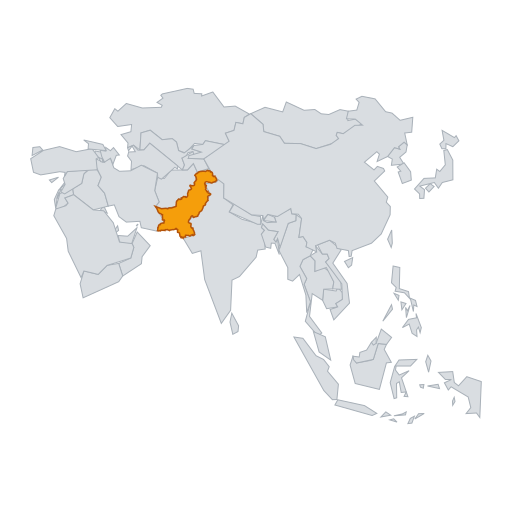 Asia, with Pakistan highlighted
{"feature_id": "PAK", "entity_name": "Pakistan", "entity_type": "country or territory", "adm_level": 0, "iso_a3": "PAK", "parent_name": "Asia", "parent_adm1": "", "projection": "equal_earth", "projection_center": [69.806, 30.395], "detail": "fine", "context": "in_parent", "style": "filled", "palette": "amber", "viewbox_px": 512, "rotation_deg": 0, "n_neighbors": 45, "source": "natural_earth", "source_scale": "50m", "svg_char_len": 18480}
<svg xmlns="http://www.w3.org/2000/svg" viewBox="0 0 512 512"><path d="M249.4,114.1L244.3,117.4L242.9,123.8L235.9,122.4L234.0,130.4L225.4,133.2L229.1,141.2L227.1,145.1L205.4,140.7L202.9,144.4L194.6,143.4L185.5,153.0L178.6,150.6L176.5,142.1L172.3,138.7L162.1,139.7L150.2,130.2L141.0,132.9L139.9,150.0L133.5,145.2L127.6,147.7L128.0,143.0L121.0,134.6L130.9,131.7L131.6,124.5L117.7,126.5L109.8,117.7L114.8,108.7L117.9,111.2L126.3,103.5L142.3,108.0L161.3,107.3L162.2,105.3L157.0,102.4L163.0,98.1L160.8,95.3L162.4,93.9L187.3,88.4L193.1,89.2L194.2,93.4L201.8,93.8L201.6,96.0L212.8,92.0L224.0,107.0L235.2,106.1L249.4,114.1Z" fill="#d9dde1" stroke="#a8b0b8" stroke-width="1"/><path d="M139.9,150.0L141.0,132.9L150.2,130.2L162.1,139.7L172.3,138.7L176.5,142.1L178.6,150.6L184.1,153.0L193.9,145.5L191.9,149.0L201.4,152.1L196.9,155.5L192.6,155.1L192.8,151.6L188.0,152.7L185.1,158.4L182.0,158.2L184.5,165.0L182.4,170.0L149.8,143.2L143.9,149.9L139.9,150.0Z" fill="#d9dde1" stroke="#a8b0b8" stroke-width="1"/><path d="M481.3,381.6L479.8,417.5L476.5,413.0L466.1,413.6L470.8,407.6L468.2,397.0L451.1,386.8L448.3,390.0L444.4,382.8L451.4,379.5L445.4,379.5L438.5,372.4L452.7,371.6L454.3,382.5L458.5,385.8L466.8,376.7L481.3,381.6ZM414.4,416.2L411.9,423.1L407.9,423.6L410.3,418.4L414.4,416.2ZM452.7,405.3L452.5,401.1L454.2,397.3L455.0,401.5L452.7,405.3ZM386.5,344.4L384.2,349.4L391.3,362.3L386.4,362.9L379.4,389.4L355.2,383.5L350.1,365.0L353.0,356.2L356.5,363.0L370.0,360.5L373.3,359.4L378.2,343.5L386.5,344.4ZM427.5,386.0L438.1,384.3L439.5,388.6L427.5,386.0ZM423.3,388.2L420.5,387.2L419.7,384.8L423.9,384.5L423.3,388.2ZM427.8,355.3L431.0,361.0L428.6,372.2L425.7,361.7L427.8,355.3ZM399.0,360.0L416.8,359.4L410.5,366.0L396.1,366.0L395.5,370.1L399.2,375.0L409.1,370.7L401.5,377.8L407.9,396.7L404.1,396.4L406.2,391.9L401.2,392.5L399.3,381.8L396.5,383.4L396.7,397.8L394.1,398.6L390.2,382.7L394.7,366.4L399.0,360.0ZM397.0,422.1L389.8,419.9L393.7,418.8L397.0,422.1ZM393.9,415.8L402.5,413.9L406.2,411.9L405.5,414.9L393.9,415.8ZM385.8,411.9L390.7,415.2L380.9,417.0L385.8,411.9ZM337.8,399.8L364.5,405.6L376.8,413.4L372.1,415.5L334.9,405.0L337.8,399.8ZM327.5,371.2L338.4,384.2L336.9,399.5L332.4,399.7L323.8,390.5L293.9,337.0L302.9,338.3L316.0,355.7L323.6,359.5L329.2,366.7L327.5,371.2Z" fill="#d9dde1" stroke="#a8b0b8" stroke-width="1"/><path d="M414.8,419.0L418.6,413.7L424.2,413.5L414.8,419.0Z" fill="#d9dde1" stroke="#a8b0b8" stroke-width="1"/><path d="M61.5,189.1L57.4,196.2L55.7,208.2L54.3,199.5L58.6,190.1L61.5,189.1Z" fill="#d9dde1" stroke="#a8b0b8" stroke-width="1"/><path d="M65.1,184.5L58.8,190.0L64.7,182.5L65.1,184.5Z" fill="#d9dde1" stroke="#a8b0b8" stroke-width="1"/><path d="M59.9,193.5L56.9,198.8L58.6,192.8L59.9,193.5Z" fill="#d9dde1" stroke="#a8b0b8" stroke-width="1"/><path d="M59.9,193.5L72.8,188.6L73.6,194.7L64.9,198.0L68.1,203.1L59.9,209.8L55.7,208.2L59.9,193.5Z" fill="#d9dde1" stroke="#a8b0b8" stroke-width="1"/><path d="M118.2,235.5L127.7,236.2L136.9,227.8L131.3,244.8L119.5,242.1L118.2,235.5Z" fill="#d9dde1" stroke="#a8b0b8" stroke-width="1"/><path d="M115.3,232.9L115.3,229.1L117.6,225.8L118.6,230.4L115.3,232.9Z" fill="#d9dde1" stroke="#a8b0b8" stroke-width="1"/><path d="M103.5,205.4L107.2,213.1L100.3,210.3L103.5,205.4Z" fill="#d9dde1" stroke="#a8b0b8" stroke-width="1"/><path d="M73.6,194.7L72.8,188.6L81.7,183.4L83.9,173.8L90.0,168.8L97.2,169.8L101.3,177.2L98.0,185.6L104.6,193.2L108.3,206.1L93.2,209.9L73.6,194.7Z" fill="#d9dde1" stroke="#a8b0b8" stroke-width="1"/><path d="M132.1,243.6L137.2,232.0L150.2,245.7L142.1,256.7L141.4,263.7L122.7,276.0L118.7,263.4L130.8,258.0L133.8,247.4L132.1,243.6ZM137.9,224.7L136.2,226.1L137.4,224.3L137.9,224.7Z" fill="#d9dde1" stroke="#a8b0b8" stroke-width="1"/><path d="M322.6,300.3L323.7,289.2L336.1,291.0L337.7,287.3L342.6,292.9L342.4,299.4L335.8,303.6L337.7,306.9L326.6,308.7L322.6,300.3Z" fill="#d9dde1" stroke="#a8b0b8" stroke-width="1"/><path d="M332.7,288.9L323.7,289.2L322.6,300.3L312.2,293.6L309.5,316.4L321.8,333.0L317.9,335.9L305.3,321.3L310.5,301.9L304.1,284.3L306.7,278.6L299.9,266.4L303.0,259.6L310.2,255.8L315.1,260.9L314.9,271.4L323.2,267.1L329.6,271.8L333.8,281.9L332.7,288.9Z" fill="#d9dde1" stroke="#a8b0b8" stroke-width="1"/><path d="M341.4,289.3L332.7,288.9L333.8,281.9L326.3,267.5L314.9,271.4L315.1,260.9L310.2,255.8L316.6,251.8L315.5,245.7L322.3,254.0L327.2,254.0L329.1,258.6L325.6,262.0L340.6,280.0L341.4,289.3Z" fill="#d9dde1" stroke="#a8b0b8" stroke-width="1"/><path d="M310.2,255.8L303.0,259.6L299.9,266.4L306.7,278.6L304.1,284.3L310.5,301.9L306.7,312.6L305.9,295.2L299.5,274.5L292.6,281.1L287.8,279.3L287.8,267.6L278.8,250.2L288.2,223.4L295.8,220.7L296.0,214.6L301.6,218.5L298.9,237.4L303.0,236.5L306.9,242.4L306.1,246.8L313.7,248.2L310.2,255.8Z" fill="#d9dde1" stroke="#a8b0b8" stroke-width="1"/><path d="M330.1,309.5L337.7,306.9L335.8,303.6L342.4,299.4L341.8,283.9L325.6,262.0L329.1,258.6L327.2,254.0L322.3,254.0L317.5,244.9L329.5,240.2L341.2,249.8L332.8,263.1L347.1,283.5L349.5,303.1L333.8,319.9L330.1,309.5Z" fill="#d9dde1" stroke="#a8b0b8" stroke-width="1"/><path d="M407.2,144.9L406.0,152.0L399.7,157.3L403.9,164.0L391.4,165.3L392.3,159.1L387.6,156.5L389.7,153.5L394.5,147.6L399.8,149.2L398.5,146.8L404.1,142.1L407.2,144.9Z" fill="#d9dde1" stroke="#a8b0b8" stroke-width="1"/><path d="M397.2,167.0L404.1,162.8L410.6,171.7L411.3,180.1L402.3,183.5L398.2,172.0L400.8,171.2L397.2,167.0Z" fill="#d9dde1" stroke="#a8b0b8" stroke-width="1"/><path d="M250.7,113.7L265.0,107.3L282.7,111.9L286.3,102.0L304.1,110.3L314.8,109.5L321.2,113.8L328.8,114.5L340.0,109.6L348.3,111.2L347.8,120.6L355.3,119.1L362.5,123.6L343.2,133.7L337.3,132.4L336.2,135.3L338.6,138.6L334.4,142.7L316.1,148.6L300.5,143.6L284.4,143.3L279.7,136.3L263.8,131.6L263.0,124.3L250.7,113.7Z" fill="#d9dde1" stroke="#a8b0b8" stroke-width="1"/><path d="M296.0,214.6L295.8,220.7L288.2,223.4L280.1,247.2L277.6,238.8L276.0,242.2L273.7,239.4L278.0,231.7L268.3,230.2L262.7,224.0L261.5,227.6L264.5,230.3L261.4,234.2L263.8,235.6L265.2,249.0L257.7,250.1L256.1,257.2L239.5,276.5L232.0,280.1L230.6,310.3L221.3,323.4L204.7,279.6L200.9,250.8L192.3,253.4L183.3,238.4L194.6,235.0L188.6,221.5L192.8,216.0L197.3,216.4L210.4,194.2L204.5,183.9L216.2,182.2L219.7,178.1L223.9,183.9L223.7,198.0L233.0,204.8L229.3,211.9L242.0,219.3L260.7,224.2L262.9,215.5L263.6,220.6L267.2,222.6L276.1,222.0L274.4,217.1L290.8,208.5L291.8,213.8L296.0,214.6Z" fill="#d9dde1" stroke="#a8b0b8" stroke-width="1"/><path d="M277.6,238.8L279.3,254.5L274.9,243.3L271.3,243.1L270.7,248.3L265.7,247.1L261.4,234.2L264.5,230.3L261.5,227.6L262.7,224.0L268.3,230.2L278.0,231.7L273.7,239.4L276.0,242.2L277.6,238.8Z" fill="#d9dde1" stroke="#a8b0b8" stroke-width="1"/><path d="M274.4,217.1L276.1,222.0L263.6,220.6L267.8,214.4L274.4,217.1Z" fill="#d9dde1" stroke="#a8b0b8" stroke-width="1"/><path d="M260.6,216.6L260.7,224.2L257.5,224.3L229.3,211.9L234.5,203.5L251.6,214.9L260.6,216.6Z" fill="#d9dde1" stroke="#a8b0b8" stroke-width="1"/><path d="M171.0,170.1L187.5,169.9L193.4,163.5L197.3,172.0L202.4,168.3L209.5,170.0L195.1,175.2L196.5,179.8L193.8,185.5L190.2,185.4L191.7,188.7L187.9,196.0L178.8,199.0L176.4,206.3L161.8,209.2L155.5,206.6L159.1,201.9L154.7,190.6L157.7,177.3L164.3,178.5L171.0,170.1Z" fill="#d9dde1" stroke="#a8b0b8" stroke-width="1"/><path d="M182.4,170.0L184.5,165.0L182.0,158.2L192.8,151.6L194.1,155.0L188.5,158.4L203.8,158.9L208.8,168.6L197.3,172.0L193.4,163.5L187.5,169.9L182.4,170.0Z" fill="#d9dde1" stroke="#a8b0b8" stroke-width="1"/><path d="M193.9,145.5L202.9,144.4L205.4,140.7L227.1,145.1L203.8,158.9L188.5,158.4L188.8,155.7L201.4,152.1L191.9,149.0L193.9,145.5Z" fill="#d9dde1" stroke="#a8b0b8" stroke-width="1"/><path d="M127.6,147.7L133.5,145.2L138.0,150.2L143.9,149.9L149.8,143.2L177.7,165.9L177.6,168.9L174.8,167.4L161.4,179.2L157.7,177.3L157.5,173.2L143.9,165.7L131.0,169.7L131.5,161.2L127.6,156.0L128.7,152.0L135.3,151.7L132.1,146.1L128.5,150.8L127.6,147.7Z" fill="#d9dde1" stroke="#a8b0b8" stroke-width="1"/><path d="M108.3,206.1L104.6,193.2L98.0,185.6L101.3,177.2L95.7,165.9L96.1,158.9L103.1,162.2L110.5,158.2L113.8,167.8L119.5,171.3L130.6,170.8L141.3,165.2L157.5,173.2L154.7,190.6L159.1,201.9L155.5,206.6L164.5,222.4L158.8,225.1L157.2,231.2L141.3,227.7L139.9,221.3L126.3,222.1L119.0,216.7L114.3,204.9L108.3,206.1Z" fill="#d9dde1" stroke="#a8b0b8" stroke-width="1"/><path d="M60.8,192.0L65.1,184.5L63.2,178.5L67.3,171.6L88.3,169.5L83.9,173.8L81.7,183.4L64.7,193.9L60.8,192.0Z" fill="#d9dde1" stroke="#a8b0b8" stroke-width="1"/><path d="M104.5,162.1L94.9,155.0L95.1,151.0L102.1,152.3L104.5,162.1Z" fill="#d9dde1" stroke="#a8b0b8" stroke-width="1"/><path d="M97.2,169.8L67.3,171.6L64.4,176.5L65.1,172.4L59.8,171.7L40.7,174.9L33.5,172.3L30.7,158.7L43.5,150.4L59.6,146.6L76.2,151.7L92.0,148.7L98.7,157.6L96.1,158.9L97.2,169.8ZM32.9,147.5L39.8,146.7L42.7,150.0L32.1,155.5L32.9,147.5Z" fill="#d9dde1" stroke="#a8b0b8" stroke-width="1"/><path d="M238.6,325.8L238.0,331.5L232.8,334.3L230.0,322.1L231.8,313.2L238.6,325.8Z" fill="#d9dde1" stroke="#a8b0b8" stroke-width="1"/><path d="M348.4,267.7L344.5,261.4L352.7,257.6L351.6,265.1L348.4,267.7ZM203.8,158.9L229.1,141.2L225.4,133.2L234.0,130.4L235.9,122.4L242.9,123.8L244.3,117.4L250.7,113.7L263.0,124.3L263.8,131.6L279.7,136.3L284.4,143.3L300.5,143.6L316.1,148.6L330.6,144.3L338.6,138.6L336.2,135.3L337.3,132.4L343.2,133.7L354.9,125.3L362.6,125.2L355.3,119.1L346.4,118.8L348.3,111.2L356.8,110.1L359.1,102.4L356.1,99.1L361.9,96.3L375.1,98.9L385.6,111.7L392.0,113.1L400.1,120.3L412.8,117.3L411.7,132.2L404.7,133.0L407.2,144.9L404.1,142.1L398.5,146.8L399.8,149.2L394.5,147.6L387.6,156.5L377.1,161.5L379.4,154.2L376.8,151.7L364.4,162.2L374.0,169.9L377.4,166.4L383.5,168.5L384.7,171.0L374.3,181.0L387.8,197.1L386.3,202.2L390.3,206.5L390.1,214.8L381.2,234.0L371.5,243.2L352.1,250.6L351.2,256.2L349.1,256.5L348.4,250.6L337.0,248.4L335.3,243.2L329.5,240.2L315.5,245.7L316.6,251.8L306.1,246.8L306.9,242.4L303.0,236.5L298.9,237.4L301.6,218.5L298.2,214.2L291.8,213.8L290.8,208.5L277.5,216.5L267.8,214.4L263.4,219.6L262.9,215.5L251.6,214.9L223.7,198.0L223.9,183.9L213.5,176.1L203.8,158.9Z" fill="#d9dde1" stroke="#a8b0b8" stroke-width="1"/><path d="M391.7,230.0L392.3,243.2L391.2,247.5L387.6,239.2L391.7,230.0Z" fill="#d9dde1" stroke="#a8b0b8" stroke-width="1"/><path d="M105.7,147.4L110.4,150.7L113.5,147.6L119.3,155.0L116.3,155.3L112.9,164.3L110.5,158.2L104.5,162.1L101.8,156.7L100.2,150.3L105.7,151.1L105.7,147.4ZM103.1,162.2L100.7,161.6L98.7,157.6L102.0,158.7L103.1,162.2Z" fill="#d9dde1" stroke="#a8b0b8" stroke-width="1"/><path d="M83.7,140.0L102.8,144.4L106.2,150.6L88.1,148.9L88.5,143.7L83.7,140.0Z" fill="#d9dde1" stroke="#a8b0b8" stroke-width="1"/><path d="M398.3,300.2L394.0,293.3L399.0,295.4L398.3,300.2ZM406.4,317.6L405.6,307.4L407.4,310.7L410.0,305.5L406.4,317.6ZM416.0,313.5L421.3,327.6L420.1,332.7L418.4,327.1L416.6,329.8L417.0,336.5L412.1,333.3L409.2,324.1L402.4,327.6L408.5,319.4L416.5,317.8L416.0,313.5ZM392.5,309.2L382.8,321.2L391.5,304.7L392.5,309.2ZM399.8,267.5L399.3,288.6L408.5,291.6L409.5,298.3L404.5,292.8L395.1,291.2L396.2,287.5L391.5,282.8L393.1,266.0L399.8,267.5ZM401.9,309.8L400.9,301.9L406.0,303.5L401.9,309.8ZM415.5,300.4L417.0,306.5L413.8,305.0L413.4,311.5L410.3,298.2L415.5,300.4Z" fill="#d9dde1" stroke="#a8b0b8" stroke-width="1"/><path d="M313.4,331.6L325.3,336.8L330.7,360.1L319.1,352.0L313.4,331.6ZM386.5,344.4L378.2,343.5L373.3,359.4L356.5,363.0L353.7,359.9L353.0,356.2L359.2,357.0L359.9,352.4L366.6,350.1L371.4,342.3L376.1,343.4L381.3,329.1L391.6,337.4L386.5,344.4Z" fill="#d9dde1" stroke="#a8b0b8" stroke-width="1"/><path d="M376.3,337.2L376.1,343.4L373.3,345.1L371.4,342.3L376.3,337.2Z" fill="#d9dde1" stroke="#a8b0b8" stroke-width="1"/><path d="M452.8,160.1L452.9,179.8L442.3,182.5L438.4,188.2L434.3,182.5L419.8,186.1L424.5,189.7L423.9,198.3L419.7,198.5L419.6,193.9L414.5,189.0L424.0,178.4L435.3,177.9L436.7,169.2L439.8,171.5L445.3,164.8L443.8,150.5L447.3,149.6L452.8,160.1ZM454.4,137.6L456.1,135.7L458.9,140.8L452.8,146.7L446.0,143.6L445.9,148.7L441.9,148.7L439.8,144.1L443.9,140.3L442.1,130.4L454.4,137.6ZM425.5,188.2L430.2,183.7L434.1,186.5L428.9,192.0L425.5,188.2Z" fill="#d9dde1" stroke="#a8b0b8" stroke-width="1"/><path d="M118.7,263.4L122.7,276.0L118.7,281.7L83.1,297.8L80.1,283.8L83.9,271.0L98.2,274.4L107.1,265.4L118.7,263.4Z" fill="#d9dde1" stroke="#a8b0b8" stroke-width="1"/><path d="M55.8,209.0L65.9,205.7L68.1,203.1L64.9,198.0L73.6,194.7L93.2,209.9L103.7,210.8L113.3,222.8L119.5,242.1L132.1,243.6L133.8,247.4L130.8,258.0L107.1,265.4L98.2,274.4L83.9,271.0L81.1,277.7L68.2,251.2L66.6,238.5L53.8,215.7L55.8,209.0Z" fill="#d9dde1" stroke="#a8b0b8" stroke-width="1"/><path d="M58.5,177.2L51.7,182.6L49.4,180.0L58.5,177.2Z" fill="#d9dde1" stroke="#a8b0b8" stroke-width="1"/><path d="M215.6,177.2L216.8,180.0L216.6,180.6L216.2,180.8L215.8,181.0L215.7,181.1L215.7,181.3L215.5,181.6L215.1,181.8L214.8,181.8L214.6,181.7L213.6,182.2L213.1,182.2L212.7,182.4L212.4,182.7L211.8,183.0L211.5,183.0L210.9,182.8L210.2,182.5L209.9,182.3L209.6,182.3L209.0,182.3L207.6,181.9L206.5,181.7L205.3,182.2L204.9,183.1L204.7,183.4L204.7,183.6L204.7,183.9L205.2,184.1L205.4,184.3L205.4,184.5L205.1,184.9L205.1,185.1L205.2,185.3L205.3,185.4L205.9,185.5L206.3,185.5L206.4,185.8L206.3,186.1L205.8,186.3L205.5,186.5L205.4,186.9L205.4,187.1L205.5,187.3L206.0,187.8L206.1,188.2L206.0,188.6L205.5,189.3L205.6,189.5L206.0,190.1L206.4,190.4L206.6,190.5L206.8,190.9L206.8,191.2L206.7,191.4L206.9,191.7L207.4,191.6L207.8,191.7L208.0,191.6L208.0,192.5L208.1,192.9L208.2,193.0L208.6,193.2L209.3,193.2L210.3,193.7L210.5,193.9L210.7,194.1L210.6,194.4L210.4,194.8L209.7,195.1L208.4,195.8L208.1,196.1L207.8,196.4L207.7,196.7L207.6,197.0L207.9,197.9L207.9,198.2L207.7,199.7L207.8,199.9L208.0,200.0L208.1,200.4L207.7,200.8L207.2,201.1L206.6,201.8L205.8,203.0L205.4,203.5L205.3,203.9L205.5,204.3L205.5,204.6L205.3,204.9L205.0,205.2L204.5,205.5L203.7,205.8L203.4,206.0L202.9,208.0L202.5,208.9L201.8,210.4L201.6,210.7L199.5,212.1L199.3,212.4L198.9,213.8L198.7,214.2L198.0,215.1L197.8,215.7L197.7,216.2L196.4,216.6L195.5,216.7L195.0,216.8L193.8,217.4L193.6,217.5L193.3,217.4L193.1,217.2L193.0,216.8L192.9,216.3L192.7,216.1L192.4,215.8L192.0,215.8L191.7,216.1L191.4,216.3L191.0,216.7L190.7,217.5L190.1,218.7L189.4,219.5L189.0,220.0L188.8,220.2L188.7,220.5L188.5,221.4L188.4,222.2L188.5,222.3L188.6,222.5L189.4,223.1L190.1,223.3L190.7,223.3L190.9,223.5L191.0,223.7L191.1,223.9L191.0,225.2L190.8,226.0L190.8,226.4L190.9,226.8L191.5,227.9L191.7,228.0L192.2,228.0L192.4,228.0L192.7,227.9L192.9,228.0L193.0,228.1L193.0,228.3L193.0,229.4L193.2,229.8L193.6,230.5L193.9,231.2L194.2,232.1L194.5,232.8L194.6,233.2L194.4,233.4L194.3,233.6L194.3,233.8L194.3,234.1L194.3,234.3L194.4,234.5L194.6,234.6L194.3,234.9L194.1,234.9L193.9,235.0L193.6,235.5L193.3,235.6L193.1,235.5L192.7,235.4L192.7,235.1L192.7,234.8L192.6,234.6L192.4,234.7L191.6,235.0L190.9,235.3L190.6,235.8L190.2,235.9L189.7,236.0L189.4,235.9L188.7,235.4L187.0,235.4L186.8,235.3L186.5,235.4L186.2,235.3L185.9,235.4L185.8,235.2L185.7,235.2L185.5,235.3L185.5,237.0L184.5,237.0L183.7,237.2L183.3,237.6L183.2,237.9L183.1,238.1L182.9,237.8L182.8,237.6L182.6,237.7L182.4,237.7L182.1,237.3L181.9,237.7L181.3,237.8L181.2,237.5L181.2,237.2L180.9,237.4L180.7,237.1L180.6,236.7L180.4,236.5L180.1,236.3L179.9,235.9L179.9,235.4L179.8,234.9L179.4,232.9L179.1,232.7L177.6,232.3L177.5,232.0L177.6,231.0L177.6,230.4L177.1,229.6L176.9,229.0L176.5,228.6L176.1,228.4L175.7,228.5L175.4,229.0L176.2,228.9L176.4,229.0L176.7,229.2L176.4,229.2L176.1,229.1L175.8,229.1L174.4,229.4L173.6,229.7L172.5,229.6L171.2,229.9L170.1,230.0L169.6,230.6L169.3,230.5L169.1,230.3L167.6,229.8L167.5,229.6L167.3,229.5L167.0,229.7L166.8,229.8L165.9,229.6L165.3,229.7L165.0,230.0L165.0,230.5L164.2,230.4L163.8,230.2L163.2,230.4L161.8,230.2L161.4,230.2L160.9,230.5L160.7,230.8L160.4,230.9L160.2,230.5L160.0,230.4L159.8,230.5L159.5,230.8L158.8,230.9L158.2,230.9L157.5,230.6L157.7,230.1L157.8,228.5L158.0,228.0L157.9,227.6L158.0,227.6L158.2,227.3L158.3,227.2L158.6,225.5L158.7,225.2L158.8,225.1L159.7,224.7L159.8,224.4L160.3,224.5L160.3,224.4L160.3,224.1L160.6,223.8L160.8,223.5L161.1,223.4L161.8,223.3L162.3,223.0L163.6,223.1L163.9,223.0L163.9,222.9L164.0,222.0L164.2,221.8L164.2,221.2L164.2,220.7L164.5,220.5L164.5,220.4L164.3,220.1L164.1,219.9L163.0,220.0L162.6,220.0L162.4,219.8L162.4,219.6L162.4,219.3L162.6,218.8L162.6,218.6L162.5,217.0L162.4,216.0L162.5,214.9L162.5,214.7L162.3,214.7L161.7,214.8L161.3,214.1L160.9,213.8L160.1,213.5L159.7,213.4L159.2,213.1L158.2,211.9L158.0,211.5L157.8,210.8L157.2,209.5L157.2,209.1L157.1,208.9L155.3,206.4L161.2,208.6L161.5,208.7L165.7,208.3L167.3,208.6L167.8,208.8L168.1,208.5L168.4,208.2L168.9,208.0L169.4,207.9L170.6,207.9L170.9,208.0L171.6,207.9L175.8,206.5L176.0,206.4L176.2,206.1L176.3,205.9L176.1,205.5L176.0,205.1L176.2,204.7L176.3,204.1L176.3,203.1L176.3,202.6L176.5,201.6L176.7,201.0L177.4,200.6L177.5,200.5L177.6,200.4L178.0,199.6L178.4,199.3L178.7,199.0L179.1,199.1L179.5,199.4L180.1,199.5L180.7,199.4L181.3,199.2L181.5,199.0L181.8,198.8L181.8,198.7L181.5,198.5L181.3,198.3L181.2,198.0L181.4,197.9L181.9,197.8L182.9,197.2L183.3,196.7L183.5,196.5L184.1,196.7L184.5,196.8L184.8,196.6L185.1,196.5L185.4,196.7L185.6,197.0L185.8,197.3L186.1,197.4L186.5,197.2L187.0,196.9L187.7,195.8L187.6,193.3L187.8,192.9L188.0,192.6L188.2,192.1L188.2,191.7L188.4,191.3L188.6,190.4L188.8,190.2L189.3,190.0L190.1,189.9L191.4,189.0L191.5,188.6L191.3,188.2L190.9,187.4L190.7,186.9L189.9,186.0L190.0,185.4L190.4,185.2L191.4,185.6L191.7,185.7L192.0,185.7L192.9,185.7L193.6,185.6L194.4,185.2L194.5,184.9L194.6,183.6L194.3,183.3L194.1,183.1L194.1,182.8L194.2,182.7L194.4,182.5L194.6,182.1L195.0,181.6L195.3,181.2L195.9,180.7L196.1,180.3L196.2,180.0L196.4,179.8L196.5,179.6L196.4,179.5L196.2,179.1L196.2,178.9L196.4,178.5L196.3,177.8L196.1,177.6L196.0,177.0L195.7,176.4L195.6,176.2L195.4,175.9L195.0,175.6L194.8,175.4L195.0,175.0L195.3,174.7L195.9,174.1L196.2,173.7L196.4,173.4L196.8,173.5L197.0,173.5L197.2,173.2L197.6,173.0L198.2,172.5L198.4,172.1L198.8,172.0L199.0,171.9L199.4,171.8L200.1,171.5L201.5,171.4L202.0,171.3L204.4,171.2L205.2,171.5L205.4,171.5L205.9,171.2L207.2,170.6L207.4,170.5L207.8,170.5L208.1,170.6L208.5,170.9L209.1,170.7L209.5,170.8L210.2,171.1L210.3,171.2L210.5,172.0L211.1,171.8L211.4,171.9L211.8,172.2L212.1,172.4L212.2,172.6L212.4,173.0L212.6,173.7L212.6,174.7L212.5,174.9L212.4,175.1L212.4,175.3L212.5,175.5L213.0,175.7L213.1,175.8L213.3,176.4L213.4,176.5L213.7,176.5L214.2,176.4L214.6,176.2L214.8,176.1L214.9,176.7L215.1,176.9L215.6,177.2Z" fill="#f59e0b" stroke="#b45309" stroke-width="1.5"/></svg>